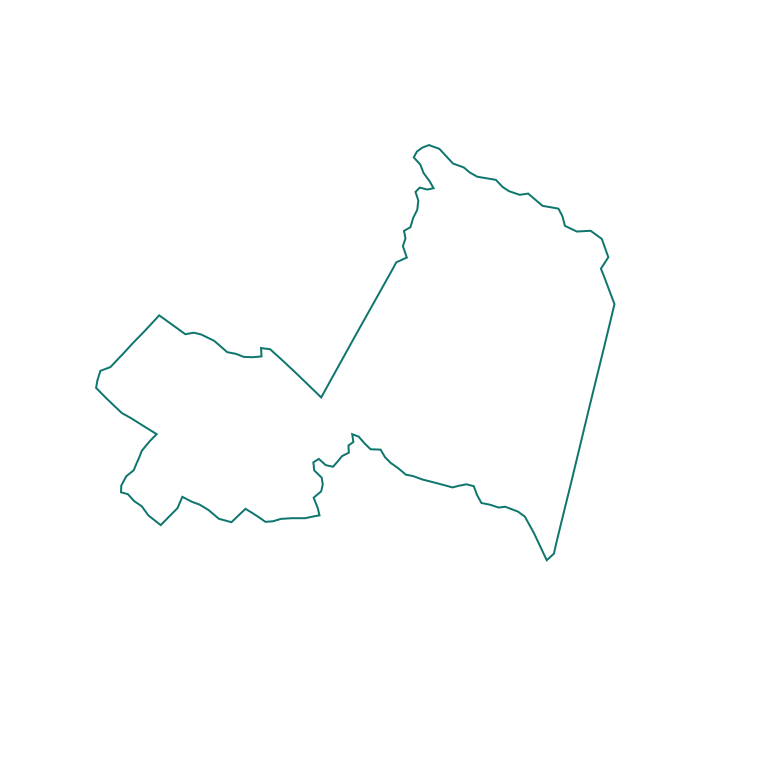 outline of Novo Hamburgo, Rio Grande do Sul, Brazil, rotated 306°
{"feature_id": "56859067B90736341852605", "entity_name": "Novo Hamburgo", "entity_type": "district", "adm_level": 2, "iso_a3": "BRA", "parent_name": "Brazil", "parent_adm1": "Rio Grande do Sul", "projection": "natural_earth1", "projection_center": [-51.068, -29.733], "detail": "fine", "context": "isolated", "style": "outline", "palette": "teal", "viewbox_px": 768, "rotation_deg": 306, "n_neighbors": 0, "source": "geoboundaries", "source_scale": "gbopen_adm2", "svg_char_len": 1966}
<svg xmlns="http://www.w3.org/2000/svg" viewBox="0 0 768 768"><g transform="rotate(306 384 384)"><path d="M307.4,161.8L285.1,159.1L269.6,156.8L256.5,155.3L236.8,152.7L228.0,146.8L218.5,150.0L211.6,153.4L209.2,168.0L207.6,179.8L206.4,189.1L207.6,198.9L208.8,216.3L209.8,229.5L200.0,228.1L187.5,227.3L180.5,229.2L174.6,230.4L167.2,232.2L157.8,229.7L147.3,231.2L141.8,234.9L144.3,241.5L142.4,251.0L142.7,259.9L139.2,270.6L138.6,286.3L162.2,289.9L174.2,287.2L175.8,297.9L178.0,305.5L178.9,316.3L177.9,329.6L182.5,341.8L201.6,345.3L202.2,352.6L202.6,359.6L202.8,369.1L207.6,374.8L214.3,379.9L221.5,388.6L229.0,399.0L235.3,404.7L239.8,409.0L244.5,403.6L250.7,393.9L260.2,396.3L266.6,393.6L271.6,388.7L273.1,378.3L279.1,372.9L285.1,375.3L284.1,384.5L287.1,391.4L293.3,392.0L300.9,392.4L307.8,395.9L313.4,391.4L319.1,393.3L324.7,387.8L326.5,394.4L324.5,403.5L323.3,411.5L328.9,419.8L325.4,427.8L324.1,435.4L324.2,445.3L323.5,455.0L326.5,461.4L329.5,471.7L334.3,483.7L337.8,492.8L340.6,500.2L346.0,504.7L351.3,509.6L354.1,516.7L349.0,524.3L345.0,532.8L348.7,540.8L351.5,549.5L355.9,554.1L359.5,567.3L359.5,575.9L351.6,592.8L337.1,619.2L346.6,621.2L355.3,617.4L383.4,605.9L415.6,592.8L488.0,562.9L544.4,539.9L584.1,523.5L601.0,497.8L604.8,491.7L618.4,491.0L629.4,474.9L629.4,461.1L620.7,450.4L618.3,437.4L624.7,429.6L628.4,422.0L621.3,407.5L622.8,388.7L616.8,382.6L613.5,371.8L613.1,364.2L614.9,354.5L606.5,337.6L605.5,328.8L606.1,321.2L602.9,310.2L606.8,290.6L603.7,279.9L597.6,276.0L591.4,274.0L584.8,274.9L582.9,284.3L577.9,292.1L574.9,301.7L571.5,309.0L566.8,304.8L563.9,297.5L557.9,296.6L552.6,303.9L544.5,308.5L535.5,310.0L526.4,313.2L519.6,310.2L514.4,315.8L506.7,318.2L499.7,328.1L489.6,322.4L481.6,323.5L403.9,332.7L336.2,341.1L341.2,305.8L343.6,286.3L345.2,271.4L340.8,263.4L334.3,268.7L328.3,261.8L323.5,254.6L321.4,246.6L317.6,238.4L318.5,228.5L319.1,221.2L316.6,207.0L313.8,200.1L307.5,194.0L307.4,161.8Z" fill="none" stroke="#0f766e" stroke-width="2"/></g></svg>